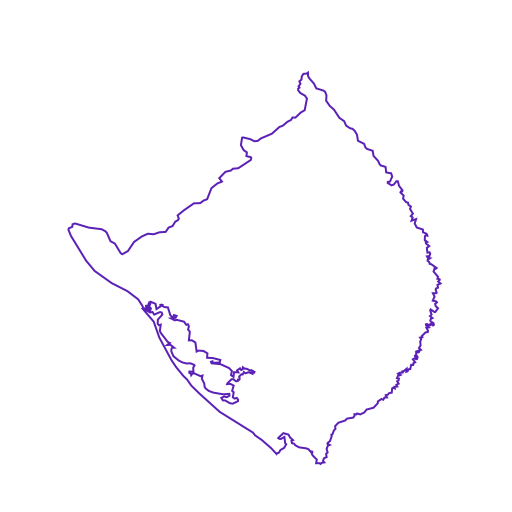 the State of Rio Grande do Sul, rotated 102°
{"feature_id": "BRA-612", "entity_name": "Rio Grande do Sul", "entity_type": "State", "adm_level": 1, "iso_a3": "BRA", "parent_name": "Brazil", "parent_adm1": "", "projection": "robinson", "projection_center": [-52.79, -30.407], "detail": "fine", "context": "isolated", "style": "outline", "palette": "violet", "viewbox_px": 512, "rotation_deg": 102, "n_neighbors": 0, "source": "natural_earth", "source_scale": "10m", "svg_char_len": 6014}
<svg xmlns="http://www.w3.org/2000/svg" viewBox="0 0 512 512"><g transform="rotate(102 256 256)"><path d="M70.8,248.6L68.0,247.5L67.1,244.5L65.8,243.3L68.9,242.6L70.9,241.1L75.3,235.2L79.5,231.9L80.2,224.4L81.0,222.5L84.4,220.4L89.5,219.7L93.9,215.0L96.5,210.3L103.5,203.2L105.8,197.8L109.7,195.0L111.5,190.5L111.5,188.1L113.1,185.4L116.3,182.5L122.1,180.2L123.8,173.6L127.1,171.5L128.2,169.6L128.8,163.8L133.7,161.8L137.6,156.3L140.6,154.1L141.5,152.8L141.9,147.8L147.2,146.0L147.0,141.0L150.0,139.3L155.3,140.4L156.2,142.5L157.2,142.3L158.7,138.1L157.5,136.1L153.7,134.2L153.4,132.8L157.6,130.7L161.4,126.3L162.5,126.5L162.8,127.8L163.9,127.9L166.2,124.1L169.3,124.1L172.1,120.4L172.2,118.4L174.3,117.5L175.4,114.8L178.0,115.1L182.0,111.3L184.8,112.9L185.7,110.8L189.1,111.2L186.6,107.1L191.2,107.5L194.7,104.7L195.4,98.3L198.0,97.6L198.8,93.9L199.9,92.8L200.5,92.6L200.4,94.1L201.4,94.9L205.4,94.2L206.6,91.5L207.3,92.8L208.5,92.2L210.3,88.6L212.5,90.6L217.1,89.0L216.3,87.0L217.3,86.1L220.0,86.3L220.8,88.7L222.0,87.7L222.0,85.3L224.0,87.3L224.9,87.2L226.2,85.0L227.6,84.5L227.6,82.9L230.2,76.8L231.2,77.6L231.1,78.8L234.3,79.1L238.5,73.6L240.6,73.8L240.5,71.7L241.1,71.3L243.1,72.5L244.5,69.8L246.5,72.5L249.1,71.4L250.4,73.2L251.5,73.3L254.4,71.7L255.1,72.4L255.6,75.2L258.7,72.9L262.9,73.8L263.0,70.2L263.7,69.4L265.6,70.8L267.7,69.8L269.3,67.1L273.5,69.0L273.7,69.7L272.0,74.1L273.2,74.2L276.7,72.1L278.6,73.3L280.0,70.5L281.1,71.9L282.9,72.1L283.8,71.5L284.6,68.6L286.3,67.7L287.1,68.4L286.0,70.0L286.2,71.2L287.3,70.9L287.8,71.6L287.0,74.6L287.5,75.6L288.3,75.3L289.9,72.2L290.7,74.4L293.5,72.1L294.7,72.2L295.5,74.3L299.8,77.1L300.8,76.4L301.7,78.5L303.0,77.1L305.5,77.6L309.3,76.4L312.1,77.5L313.5,75.2L315.4,78.3L315.6,76.5L316.3,76.7L317.1,79.3L319.4,78.7L320.4,79.8L321.1,79.5L320.6,77.4L321.2,76.9L323.4,77.1L323.6,78.1L322.6,78.8L324.4,81.1L326.9,78.2L327.9,79.7L329.9,79.6L330.2,81.6L334.6,81.6L335.1,83.3L337.3,83.8L338.0,84.9L335.0,85.3L338.9,88.3L337.6,89.2L339.6,88.4L340.3,91.2L341.5,92.5L342.3,89.9L343.0,90.8L342.6,92.0L346.2,92.7L346.2,90.7L348.1,90.7L349.2,91.9L351.2,89.9L352.8,91.9L354.3,90.7L355.1,93.4L356.7,92.7L356.5,94.6L357.2,95.3L361.4,94.8L362.5,97.3L364.3,98.3L365.1,100.1L367.1,98.5L367.7,100.9L370.1,101.6L369.8,103.6L372.9,106.5L374.7,106.3L380.0,109.5L383.2,115.9L386.5,117.5L389.3,121.1L389.0,124.3L390.1,124.8L390.2,126.8L392.0,126.5L393.8,127.2L396.1,133.1L398.4,134.6L402.0,140.8L405.9,143.2L408.6,142.4L410.4,143.5L414.6,144.2L415.2,145.1L416.6,144.5L421.5,145.1L424.1,147.1L424.9,147.0L425.5,144.7L426.6,146.3L430.1,146.8L433.3,145.1L435.0,146.3L438.1,145.1L439.3,147.1L440.8,147.7L442.5,147.8L443.7,146.3L444.6,148.6L446.0,149.7L445.4,150.6L446.2,154.1L442.5,154.2L439.3,159.1L436.7,161.1L436.3,160.1L435.7,160.3L435.6,162.7L434.2,164.2L433.7,166.8L434.2,174.1L433.0,178.1L431.6,179.9L431.6,181.9L429.5,182.9L428.4,181.5L426.6,184.8L423.9,187.1L423.6,192.4L429.4,196.4L430.0,195.3L429.8,193.6L427.1,190.6L432.9,188.6L433.9,187.3L437.9,188.6L440.6,191.7L443.7,192.8L444.6,194.5L445.4,194.7L440.7,201.4L434.7,212.2L431.6,219.6L429.3,222.4L416.0,259.1L402.2,282.9L396.4,292.1L391.2,297.7L388.5,302.0L381.3,311.0L375.6,316.9L355.9,333.6L341.5,342.4L331.3,355.7L331.0,354.6L333.3,347.8L332.3,345.6L334.5,343.4L330.8,338.2L330.9,336.5L332.7,335.4L338.7,338.8L342.9,338.0L343.9,336.5L343.0,334.9L349.2,334.5L351.0,333.2L358.4,324.5L359.0,322.2L361.5,324.3L360.7,321.2L362.7,317.1L363.1,318.9L364.8,319.4L366.9,319.0L371.2,315.9L374.3,309.9L375.4,305.8L375.6,301.6L374.6,298.0L375.3,294.0L375.7,293.4L378.4,294.2L382.3,293.1L382.8,297.1L384.1,297.0L384.7,295.3L386.1,294.6L384.4,293.8L383.6,292.2L385.1,285.2L384.1,283.5L387.2,283.5L391.7,280.0L394.6,279.1L396.0,277.8L397.8,274.1L398.5,269.3L398.1,259.2L396.4,253.5L398.1,252.9L400.2,255.2L400.0,257.8L402.0,260.4L404.1,258.4L403.7,256.1L405.4,251.1L405.3,248.1L401.8,243.5L400.2,243.7L398.8,245.3L399.9,247.2L399.0,249.3L393.9,249.5L392.9,251.3L387.4,250.9L386.4,254.5L387.3,257.6L386.3,257.4L381.6,254.2L381.3,252.4L382.7,249.7L382.2,247.9L380.7,248.0L380.5,246.6L379.5,246.4L377.4,247.4L374.8,245.7L374.6,244.3L372.1,243.7L372.9,241.8L371.2,239.0L371.9,235.2L370.9,235.6L370.7,233.7L369.7,233.4L368.6,236.9L369.3,237.7L368.2,241.7L368.6,243.5L367.6,245.7L369.7,245.5L370.6,246.8L369.2,248.3L371.8,250.7L373.5,249.1L374.2,253.3L378.9,252.9L377.7,255.7L373.6,255.6L371.2,259.1L369.2,268.3L370.2,277.2L368.8,278.0L368.1,276.7L369.2,276.4L369.2,274.9L367.7,269.3L365.1,269.3L364.8,276.9L365.7,282.7L361.3,283.3L359.8,287.7L360.5,292.6L361.8,294.2L353.2,297.3L351.8,301.2L352.5,304.1L343.8,305.0L342.0,307.2L338.8,307.0L336.9,308.4L337.8,309.9L335.2,312.8L334.9,320.2L335.8,322.1L334.7,326.2L333.2,321.9L331.1,321.2L330.8,323.9L332.9,324.0L333.1,324.9L332.0,327.3L324.6,331.5L325.0,334.9L324.3,337.3L323.3,337.2L323.2,338.4L323.8,339.4L325.0,338.8L328.6,342.3L323.7,344.3L322.7,349.3L324.9,349.5L323.7,350.8L324.8,351.1L327.7,349.9L329.1,347.9L331.1,348.1L327.0,351.9L327.6,353.2L328.3,353.0L330.9,350.1L330.2,353.2L330.7,355.7L328.9,356.3L322.9,362.2L317.1,374.5L312.5,391.6L304.2,410.7L295.9,421.2L274.8,441.2L269.4,444.9L267.9,444.9L265.7,441.8L263.1,442.0L261.8,439.7L263.0,425.3L261.9,412.6L263.1,408.5L264.4,406.7L271.8,401.4L273.2,396.6L281.3,389.0L282.1,387.2L277.8,382.3L267.6,378.2L260.6,371.7L256.7,366.4L256.0,360.6L252.9,355.4L251.2,349.4L246.4,347.4L244.1,343.9L239.2,342.1L237.2,339.8L235.4,339.3L232.6,341.1L226.5,336.2L217.4,327.7L215.9,321.6L212.7,318.8L210.6,315.6L198.9,313.7L193.1,308.9L190.3,304.8L187.5,308.1L180.0,303.4L177.6,298.3L175.4,296.7L173.9,291.7L163.1,281.0L161.1,281.0L160.4,281.7L160.3,286.1L156.5,286.5L155.0,290.1L150.7,293.8L143.2,294.2L142.7,293.4L142.9,285.9L144.1,281.4L143.0,278.2L139.9,275.6L133.1,265.9L124.9,259.9L123.0,256.9L118.2,253.2L115.7,250.1L113.0,249.1L112.4,246.2L106.4,242.1L103.3,238.7L91.5,238.9L89.0,241.4L87.4,246.5L85.1,249.2L83.5,249.6L82.3,248.5L81.1,249.6L78.3,248.3L76.1,249.9L74.0,248.2L70.8,248.6Z" fill="none" stroke="#5b21b6" stroke-width="2"/></g></svg>